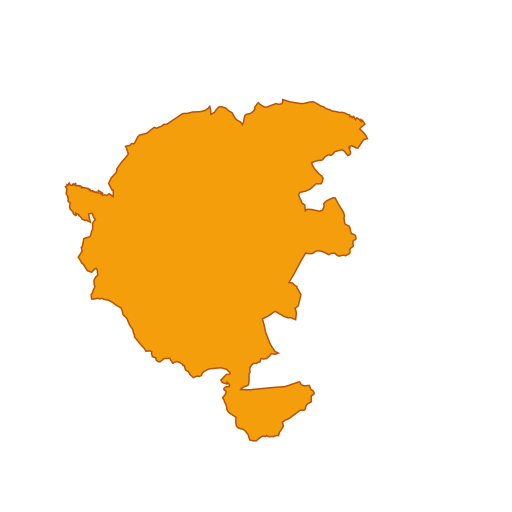 Mixtla de Altamirano, Veracruz, Mexico, rotated 148°
{"feature_id": "50627088B84578837711437", "entity_name": "Mixtla de Altamirano", "entity_type": "district", "adm_level": 2, "iso_a3": "MEX", "parent_name": "Mexico", "parent_adm1": "Veracruz", "projection": "natural_earth1", "projection_center": [-96.977, 18.601], "detail": "fine", "context": "isolated", "style": "filled", "palette": "amber", "viewbox_px": 512, "rotation_deg": 148, "n_neighbors": 0, "source": "geoboundaries", "source_scale": "gbopen_adm2", "svg_char_len": 6139}
<svg xmlns="http://www.w3.org/2000/svg" viewBox="0 0 512 512"><g transform="rotate(148 256 256)"><path d="M283.4,418.0L291.1,420.3L292.8,419.8L299.7,415.8L300.8,416.3L301.6,417.3L304.1,416.6L308.6,418.2L308.7,416.1L310.1,410.4L312.6,409.1L320.1,406.9L327.7,403.7L328.7,402.2L330.5,400.8L337.3,399.0L342.6,395.6L343.1,388.1L342.1,387.7L345.6,382.0L347.4,386.6L350.6,386.5L351.9,388.0L354.0,388.8L353.7,390.0L354.8,390.9L355.0,391.5L352.9,390.8L354.9,395.0L356.4,393.4L357.5,394.9L357.9,394.4L359.2,396.0L359.0,396.3L360.2,397.2L359.8,397.9L362.1,398.9L361.6,400.3L362.4,400.7L362.1,401.2L362.9,401.9L362.6,402.3L365.8,405.2L367.8,406.0L367.6,407.0L367.2,406.9L368.0,408.7L368.4,408.6L368.3,409.0L369.9,410.3L370.4,410.2L371.5,411.1L370.5,412.9L370.7,413.2L371.8,412.2L372.0,413.1L372.5,413.0L372.7,413.7L373.0,413.4L373.6,414.0L374.2,413.2L375.5,414.0L375.9,414.5L375.7,416.8L376.6,416.7L377.9,415.7L378.5,416.5L378.6,415.7L380.9,415.7L380.6,413.4L384.1,409.2L384.0,406.1L384.5,405.7L384.9,403.9L386.2,402.6L386.3,401.4L385.4,399.7L388.3,396.0L388.7,393.9L387.8,390.4L388.5,388.9L387.6,386.0L386.8,385.9L386.0,387.9L384.4,384.8L384.9,384.5L383.8,381.2L384.1,379.8L382.0,376.5L380.7,376.2L380.8,375.8L378.5,372.5L376.6,378.4L375.6,380.4L372.5,379.1L372.4,378.2L373.2,375.0L372.7,372.2L377.4,370.3L378.9,367.4L380.8,364.8L382.2,364.2L385.6,360.8L386.6,360.4L392.8,362.0L398.3,356.0L399.6,355.9L400.8,352.3L407.4,349.2L407.3,344.2L407.6,342.6L406.7,340.1L406.9,336.9L406.7,332.9L404.1,329.3L399.8,330.4L398.2,330.3L398.0,328.5L400.4,323.6L403.3,323.0L405.5,321.8L406.8,320.5L408.4,317.4L408.9,315.3L412.3,313.1L414.2,311.3L416.4,310.6L418.2,306.6L416.7,305.6L412.5,303.9L411.4,302.6L409.2,301.6L406.8,298.7L404.8,297.0L403.0,294.2L400.6,288.4L398.0,283.5L398.5,280.3L399.8,276.8L398.6,271.5L399.7,264.5L399.5,258.7L400.9,255.2L400.8,253.6L401.9,252.0L400.9,243.4L399.7,236.7L399.7,233.5L396.4,231.8L395.1,230.2L396.5,228.4L396.8,226.4L397.3,225.6L395.0,223.0L395.8,220.4L394.8,218.1L393.5,217.1L388.5,217.7L384.8,215.8L383.1,214.5L383.6,212.8L383.3,209.0L381.1,209.1L378.7,208.2L377.0,205.9L375.7,203.0L376.0,201.8L374.9,200.9L376.0,197.7L376.0,196.0L374.7,194.0L374.6,191.9L374.9,191.1L373.6,186.0L369.6,185.4L368.0,183.9L365.8,183.7L363.4,185.1L360.9,185.6L355.8,185.2L345.1,179.9L341.2,175.7L339.8,170.6L340.4,170.0L341.7,170.0L343.4,171.1L344.6,171.1L351.5,169.4L351.8,167.5L350.6,165.1L348.5,162.9L347.5,164.3L346.9,162.8L346.8,161.0L347.2,160.0L347.9,159.4L350.3,160.8L352.0,161.1L353.4,160.7L354.0,159.6L353.1,157.4L353.2,156.5L355.6,154.8L359.5,153.5L359.4,151.0L360.0,149.1L360.3,145.5L362.0,141.2L362.1,139.3L361.8,137.1L358.4,129.7L361.2,125.8L362.7,122.1L362.4,120.3L361.4,118.4L358.7,115.9L357.9,113.9L357.4,108.6L358.8,103.3L356.2,100.6L353.6,99.1L350.3,99.7L345.8,99.9L343.7,97.9L341.9,98.2L341.4,96.7L340.5,95.6L338.6,94.8L337.1,93.6L333.7,92.9L332.0,91.7L329.8,93.9L324.8,96.1L322.7,97.4L321.8,101.0L318.0,101.4L316.3,100.8L313.7,100.7L300.0,101.8L297.0,99.7L295.3,100.1L293.5,102.0L291.8,103.0L289.7,103.3L286.6,103.0L285.8,103.8L283.8,107.5L282.9,108.1L280.7,108.0L279.5,108.7L279.0,110.0L279.0,111.2L280.2,114.3L279.3,117.9L281.2,119.0L283.1,119.6L285.8,122.5L285.7,125.6L286.1,126.4L300.8,129.9L309.3,134.5L333.2,146.4L339.7,150.9L337.1,151.6L331.8,150.6L330.4,151.0L328.4,153.3L324.4,159.6L322.6,160.7L321.4,163.2L319.8,164.9L316.3,166.1L315.2,166.3L312.2,164.6L310.4,164.8L308.9,164.0L306.4,166.2L305.9,166.3L304.5,164.8L301.3,163.4L297.7,164.0L294.5,165.1L293.2,163.6L291.5,162.4L288.5,161.8L290.4,165.0L290.7,170.6L290.4,174.9L288.3,186.0L285.8,192.8L283.9,199.2L277.1,198.6L269.1,199.0L264.3,190.0L261.6,186.6L259.0,185.2L256.2,181.0L252.3,185.7L251.1,188.5L250.6,190.9L246.6,191.3L238.4,199.4L238.1,205.7L238.3,207.4L237.5,208.3L239.2,212.0L239.3,213.7L242.2,216.1L232.5,221.0L221.6,227.4L212.4,232.2L210.1,230.1L207.4,228.4L206.0,228.1L203.0,228.4L201.2,227.9L199.9,227.0L198.1,225.6L194.7,220.7L193.6,218.5L190.2,218.1L188.4,217.2L187.6,216.6L187.0,213.9L185.8,212.0L181.1,210.2L180.0,208.8L176.4,208.5L174.7,208.9L174.0,209.7L173.2,211.8L170.9,212.6L168.8,212.6L168.1,213.0L167.2,214.4L167.2,215.5L165.7,217.1L164.6,217.5L163.0,217.2L162.2,217.5L161.4,218.8L160.9,220.6L161.2,222.0L163.2,224.4L162.8,226.5L161.4,229.9L161.3,232.0L163.4,235.7L163.5,236.5L161.3,241.6L159.7,243.1L158.6,246.9L158.7,256.2L158.1,263.3L159.6,264.4L161.0,264.7L166.1,265.4L167.7,265.3L170.7,264.5L171.9,262.1L174.9,259.8L175.8,259.6L177.1,260.2L178.3,260.1L184.0,265.9L188.0,268.6L190.2,268.2L187.6,273.6L189.0,276.4L188.2,280.7L188.3,282.0L187.4,285.3L186.3,286.2L184.9,286.6L179.7,284.8L174.8,284.0L166.9,285.4L162.6,282.8L160.8,283.6L158.0,286.3L157.9,289.1L159.0,292.1L160.1,298.6L160.1,303.1L159.4,305.5L157.2,305.3L153.1,304.2L149.4,302.4L147.9,302.5L144.8,303.6L141.8,303.6L140.8,303.5L139.2,301.7L137.1,301.6L133.8,302.7L126.7,300.6L125.5,298.0L124.9,292.6L122.8,292.2L121.3,293.1L120.7,294.1L119.9,298.1L118.9,297.9L119.1,299.3L118.7,299.5L116.7,299.0L114.9,296.6L114.0,294.7L112.3,293.5L104.3,297.2L102.6,297.5L100.7,297.1L99.4,296.4L99.0,299.9L99.3,303.0L99.9,306.1L100.9,308.8L98.5,309.5L93.8,310.1L93.9,314.3L94.2,314.1L94.7,315.9L95.6,314.6L95.8,316.2L96.9,319.2L97.7,319.8L99.3,318.9L99.2,322.1L99.5,321.8L99.9,322.8L101.1,322.5L101.4,324.1L102.6,324.5L101.8,325.8L103.3,327.4L104.8,330.0L106.8,332.2L109.0,333.4L112.1,336.6L114.6,338.4L115.9,341.2L117.0,342.0L118.9,344.7L119.5,345.9L119.5,346.7L121.4,348.7L125.0,355.5L125.9,356.5L128.6,358.0L134.6,360.0L137.7,361.9L145.4,368.6L150.5,374.6L152.1,372.0L153.4,371.5L156.3,372.5L158.3,374.7L168.1,376.6L169.7,377.5L172.0,381.8L172.9,384.9L178.1,382.9L178.8,381.7L179.8,380.7L181.5,380.2L184.9,379.8L189.3,381.3L191.1,381.0L196.1,375.8L197.9,374.6L198.1,377.7L200.3,381.9L200.7,383.9L200.4,390.3L202.2,393.4L203.3,397.4L205.2,399.9L206.1,400.8L208.4,402.1L212.3,401.1L215.2,399.7L216.1,400.0L219.2,399.9L216.7,404.7L215.9,407.5L218.1,406.6L222.6,406.4L227.1,408.1L233.6,411.8L238.9,413.4L241.5,415.1L243.2,415.6L261.2,415.0L263.0,415.5L264.2,416.5L266.7,416.1L272.5,417.0L273.9,418.8L275.0,419.0L283.4,418.0Z" fill="#f59e0b" stroke="#b45309" stroke-width="1.5"/></g></svg>